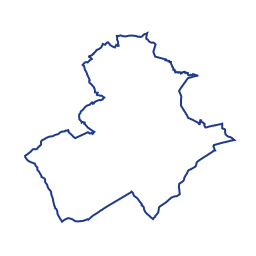 Partestii De Jos, Suceava, Romania, rotated 355°
{"feature_id": "2599482B28606213719079", "entity_name": "Partestii De Jos", "entity_type": "district", "adm_level": 2, "iso_a3": "ROU", "parent_name": "Romania", "parent_adm1": "Suceava", "projection": "robinson", "projection_center": [25.954, 47.619], "detail": "fine", "context": "isolated", "style": "outline", "palette": "blue", "viewbox_px": 256, "rotation_deg": 355, "n_neighbors": 0, "source": "geoboundaries", "source_scale": "gbopen_adm2", "svg_char_len": 5723}
<svg xmlns="http://www.w3.org/2000/svg" viewBox="0 0 256 256"><g transform="rotate(355 128 128)"><path d="M80.4,215.9L85.5,212.2L90.3,209.8L91.9,208.9L93.2,207.9L94.0,207.7L95.2,207.2L96.7,206.2L101.2,203.9L125.2,192.4L125.9,191.6L126.7,192.4L127.3,193.3L127.9,195.8L128.5,196.5L131.0,198.6L133.5,202.7L134.3,203.9L134.7,204.2L134.9,204.7L135.0,205.1L134.9,205.6L134.8,205.9L135.3,206.2L135.4,206.8L136.3,207.4L136.5,207.7L136.8,208.5L136.9,210.4L137.3,211.6L137.7,212.8L139.4,215.2L141.3,217.0L142.7,218.7L145.0,220.9L145.7,220.0L147.4,218.7L147.5,218.1L147.7,217.8L148.8,216.9L150.7,214.8L151.2,213.1L151.8,210.4L152.1,209.6L153.7,208.4L155.3,207.7L160.3,204.8L162.6,202.9L163.7,202.3L164.4,201.5L166.9,200.5L168.0,200.4L169.1,200.1L170.5,200.2L172.1,199.5L173.9,198.3L173.7,196.5L173.7,193.9L173.5,191.9L174.0,188.9L174.2,188.0L177.9,186.0L178.8,185.1L179.4,184.1L179.7,182.6L181.4,180.1L183.1,178.0L183.8,176.2L184.7,175.4L185.6,174.9L187.2,174.6L187.5,174.2L189.1,173.7L190.6,172.8L192.0,172.2L192.9,170.1L193.5,168.1L195.9,166.5L202.4,163.0L204.7,162.0L206.0,161.1L210.2,159.0L211.0,158.2L212.8,158.0L212.5,157.4L212.1,155.6L211.5,153.8L212.1,153.1L212.1,152.9L211.9,152.7L212.0,152.5L220.6,150.9L226.5,150.1L229.0,149.6L232.9,149.3L230.1,146.5L226.7,145.1L225.3,143.7L224.7,142.8L224.5,142.2L224.4,141.5L224.4,140.1L224.6,139.2L224.4,137.9L224.2,137.6L222.2,136.8L221.8,136.4L222.0,135.2L222.2,131.9L219.9,132.4L218.9,132.4L216.5,132.7L215.3,133.0L214.7,132.8L213.9,133.1L213.1,133.2L212.5,133.0L211.3,133.4L209.5,133.5L206.1,134.3L205.3,134.2L204.9,133.7L204.9,133.3L204.4,132.6L204.2,131.8L204.3,131.3L204.7,130.9L204.7,130.7L204.3,130.2L203.7,129.9L203.5,129.4L203.2,129.1L202.4,128.7L201.9,128.0L201.3,126.5L200.7,126.5L200.4,127.4L200.1,129.7L199.7,130.5L199.3,130.4L199.2,130.4L198.0,128.6L195.8,127.3L193.5,125.7L188.9,123.2L188.4,122.1L188.2,121.3L187.9,120.5L187.0,118.9L186.8,118.3L185.1,115.1L182.7,110.2L183.4,103.5L183.9,101.2L182.3,96.1L182.1,95.5L183.8,93.2L191.9,83.7L193.0,83.4L199.6,82.1L201.7,82.0L201.7,81.7L200.0,81.2L198.6,80.4L197.4,80.0L196.5,80.7L194.9,80.5L193.5,80.9L193.1,80.8L192.6,80.4L192.2,79.7L192.2,78.8L192.4,78.6L192.4,78.3L191.5,78.1L190.5,78.3L189.7,78.0L189.5,77.9L189.7,77.1L189.2,76.9L188.4,77.1L188.0,77.0L186.2,78.1L185.6,78.3L185.5,77.6L185.2,77.7L185.1,77.1L183.1,77.2L183.1,76.7L180.3,76.7L180.4,75.9L180.3,75.7L179.6,75.8L179.4,73.9L178.3,74.0L178.0,71.4L177.7,71.3L176.5,67.5L176.5,67.1L176.4,66.8L176.5,66.2L175.7,66.1L175.9,65.7L174.5,65.3L174.7,64.8L171.3,63.8L171.7,63.0L161.4,59.3L160.7,57.3L159.9,54.3L162.8,47.1L162.0,46.1L160.9,45.2L160.5,45.1L158.7,45.0L158.0,44.7L157.0,44.0L156.1,43.0L155.5,41.8L154.0,40.7L154.2,39.8L154.1,38.8L154.8,37.1L154.8,36.4L155.4,35.1L155.1,35.2L154.1,36.0L152.9,35.9L152.4,36.0L151.3,36.8L150.4,37.7L150.0,38.0L148.9,38.3L148.3,38.4L147.2,38.0L145.9,38.0L145.1,37.7L144.6,37.2L144.2,37.0L142.7,36.8L141.7,36.5L140.6,36.4L139.8,36.2L137.0,36.1L134.0,36.6L133.5,36.5L131.2,36.2L128.9,35.1L126.5,35.5L124.9,35.3L125.1,37.5L124.8,38.6L125.3,40.4L125.5,41.3L125.5,42.9L125.8,45.3L124.9,45.3L124.5,45.1L124.1,44.9L123.5,44.2L122.0,46.6L120.3,45.8L118.2,44.4L117.2,43.4L117.0,42.7L116.6,42.2L116.1,41.7L115.6,40.9L114.9,40.9L113.3,42.1L112.5,43.1L110.2,42.1L109.7,43.4L109.0,44.1L108.7,44.9L107.2,46.2L105.1,47.1L103.6,47.5L102.8,48.4L101.8,49.6L101.3,49.7L100.6,50.5L99.7,51.1L99.9,51.3L98.1,52.5L95.7,53.0L95.4,53.6L95.4,53.8L96.3,54.2L96.7,54.5L97.6,55.8L97.9,56.0L97.9,56.3L96.4,56.7L93.5,59.2L92.0,58.7L91.0,58.9L90.0,59.6L88.3,61.2L88.8,61.9L89.6,62.4L89.9,64.2L90.1,65.9L90.6,67.1L91.4,68.7L92.2,71.8L93.8,76.1L94.0,77.2L93.5,77.6L93.4,78.7L93.5,79.4L93.7,79.7L94.0,80.0L95.7,81.8L96.0,82.1L96.0,82.4L97.0,83.7L97.7,84.5L97.8,85.2L98.2,86.6L98.3,88.9L98.2,89.6L100.8,90.3L99.8,92.1L100.0,92.4L100.8,92.7L102.0,92.9L103.1,93.4L104.1,93.4L104.6,93.6L105.1,93.9L106.2,95.1L107.0,95.5L105.5,96.9L105.3,97.3L104.7,97.3L103.3,98.0L102.4,97.7L100.5,97.9L97.2,99.1L96.1,100.5L95.6,100.8L95.1,100.8L95.1,99.9L94.9,99.4L94.3,99.4L93.4,100.2L92.8,100.5L91.9,101.5L89.1,102.1L86.6,103.8L85.2,105.5L83.7,106.6L83.0,107.0L82.4,107.4L82.0,108.8L80.6,110.3L80.4,111.1L80.3,112.7L80.5,114.2L80.3,114.8L80.8,115.8L81.6,116.5L82.0,117.2L82.3,118.6L82.6,118.4L82.6,117.8L85.3,118.8L84.7,120.0L84.8,120.1L85.3,120.1L86.4,121.9L86.7,122.1L87.8,123.9L92.8,128.1L94.1,128.9L92.8,130.3L92.1,130.8L91.3,129.7L89.6,130.2L88.7,129.5L87.8,128.7L74.5,133.5L73.5,132.5L72.8,132.0L72.0,130.8L68.7,127.1L68.4,126.8L68.3,126.1L68.5,125.7L68.5,125.4L68.3,124.9L66.8,125.3L65.7,125.1L65.2,125.3L64.7,125.9L63.7,125.8L62.8,125.9L62.0,125.8L59.8,126.6L58.3,127.8L57.7,128.1L56.0,128.3L54.8,128.6L52.8,129.4L52.1,129.6L48.7,129.8L48.0,130.0L46.2,130.6L42.8,132.2L41.5,132.6L40.8,133.1L40.6,133.6L40.1,134.1L40.0,134.7L40.1,136.0L39.9,136.9L39.8,137.2L38.7,137.9L38.6,138.2L38.1,138.4L37.8,138.8L37.3,139.0L36.6,139.6L36.2,140.0L36.0,140.6L35.4,140.9L34.2,141.2L32.2,140.8L31.4,141.0L30.6,141.5L30.2,142.1L29.7,142.4L29.0,143.2L28.6,143.3L25.4,145.5L23.1,146.7L23.2,147.3L23.1,148.2L25.0,151.2L26.1,152.2L27.0,152.9L32.2,155.5L32.4,156.7L33.0,158.0L34.3,159.4L34.0,161.5L34.2,162.1L35.3,163.3L37.4,167.8L37.6,169.3L38.6,169.8L40.4,171.0L40.8,171.9L40.9,172.6L40.8,174.0L40.8,174.7L41.1,175.4L42.4,177.3L42.7,178.2L42.7,179.3L43.9,182.1L44.5,182.7L45.3,183.9L45.9,185.1L45.7,186.0L45.8,186.9L46.1,188.8L46.6,190.3L46.9,191.9L47.2,194.8L47.6,197.6L47.9,199.2L48.3,200.0L48.3,201.3L48.8,201.9L49.5,202.4L49.9,203.5L50.3,205.0L50.3,207.3L50.5,208.1L52.1,211.6L54.1,215.6L56.1,214.2L57.9,213.4L59.5,212.9L60.8,212.6L61.8,212.9L64.0,213.8L65.4,214.6L66.9,216.0L68.1,216.4L69.8,216.7L75.2,216.6L79.8,215.4L80.4,215.9Z" fill="none" stroke="#1e3a8a" stroke-width="2"/></g></svg>